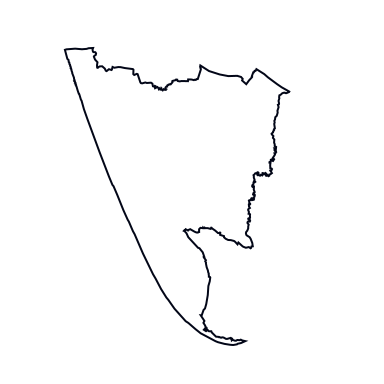 the district of Pak Phanang, Nakhon Si Thammarat, Thailand, rotated 173°
{"feature_id": "78962969B48668485292625", "entity_name": "Pak Phanang", "entity_type": "district", "adm_level": 2, "iso_a3": "THA", "parent_name": "Thailand", "parent_adm1": "Nakhon Si Thammarat", "projection": "robinson", "projection_center": [100.145, 8.346], "detail": "fine", "context": "isolated", "style": "outline", "palette": "ink", "viewbox_px": 384, "rotation_deg": 173, "n_neighbors": 0, "source": "geoboundaries", "source_scale": "gbopen_adm2", "svg_char_len": 6065}
<svg xmlns="http://www.w3.org/2000/svg" viewBox="0 0 384 384"><g transform="rotate(173 192 192)"><path d="M129.3,300.2L133.0,301.8L141.8,302.6L150.2,305.3L160.4,310.0L168.3,316.6L168.7,315.3L168.2,315.0L168.5,313.6L168.2,313.0L168.4,312.3L172.5,303.4L173.8,303.5L174.1,303.0L174.9,302.8L175.9,303.1L176.5,302.8L178.7,303.7L182.1,304.2L182.5,302.5L188.7,303.4L190.8,303.3L192.6,303.9L193.1,304.6L193.0,305.3L194.1,305.6L194.9,305.0L197.9,304.6L198.1,304.3L198.0,303.3L200.0,301.5L200.5,301.8L200.8,301.5L202.0,301.5L202.1,301.2L202.8,300.9L203.3,301.0L203.9,300.2L203.9,299.7L204.7,299.7L205.6,298.9L205.7,297.6L205.3,297.3L205.8,297.1L205.8,296.6L206.7,296.8L207.5,297.5L208.7,296.4L209.5,297.2L209.7,298.3L210.5,297.4L211.0,297.5L211.3,299.0L212.4,298.2L212.5,298.9L213.5,300.4L216.0,299.5L216.1,300.4L215.2,300.9L215.2,301.4L216.0,301.9L216.7,301.2L217.9,301.7L218.1,304.4L219.4,305.5L223.5,305.7L225.0,306.4L228.2,305.9L229.4,306.3L229.9,307.1L231.6,315.6L232.4,316.0L235.1,315.2L235.9,316.2L235.2,320.5L235.7,321.2L243.5,323.2L247.6,324.6L249.9,325.0L253.9,324.8L255.6,325.8L256.6,323.3L257.0,322.9L259.5,324.0L262.0,322.4L262.8,322.9L263.5,325.1L265.8,327.7L268.2,327.9L269.4,327.5L270.2,326.8L270.8,326.8L271.0,327.4L270.8,329.6L270.0,332.3L272.1,335.3L272.9,338.3L272.4,339.0L270.8,339.8L270.3,341.3L270.9,342.5L272.8,342.9L273.2,343.4L273.4,345.4L272.6,347.0L277.0,347.3L279.2,346.9L283.8,347.1L290.5,348.5L299.2,348.9L300.8,348.6L299.5,339.3L298.5,338.2L298.5,336.0L298.0,335.5L298.1,334.0L297.6,333.4L297.5,332.6L297.7,332.1L297.3,331.6L297.1,330.5L297.4,329.8L296.9,329.3L297.0,328.6L296.7,327.9L296.8,327.2L296.3,325.2L296.4,324.5L295.2,319.7L295.3,318.9L295.0,317.6L295.2,317.4L294.9,317.2L294.8,316.2L295.1,316.0L294.7,315.6L294.5,314.9L294.8,314.5L294.3,314.1L294.6,313.5L294.2,313.0L294.4,312.5L294.0,312.1L294.1,311.4L293.8,310.9L293.1,306.6L292.4,303.3L292.1,303.2L291.8,301.9L291.0,297.2L290.5,296.2L289.2,287.5L287.0,277.5L278.9,242.9L272.6,217.7L270.1,208.7L269.2,207.4L266.5,198.1L262.3,182.3L259.2,172.3L258.3,170.3L255.4,160.3L254.1,157.1L248.2,137.0L240.7,115.1L238.7,110.5L234.5,99.4L230.3,90.4L228.7,87.9L223.6,78.3L214.0,64.5L211.6,62.5L205.2,55.4L200.6,50.7L186.9,41.1L184.6,39.8L178.3,37.3L172.7,35.7L169.8,35.1L165.9,35.3L165.3,35.8L161.8,36.1L157.3,37.5L160.1,38.5L161.6,39.5L162.6,39.1L165.1,39.6L166.5,39.0L167.8,39.3L169.8,40.4L170.3,40.1L170.0,41.5L170.4,41.8L171.0,41.5L171.0,42.2L171.3,42.5L175.1,41.9L176.2,42.1L178.4,43.7L179.8,44.1L180.9,43.8L182.5,44.7L182.8,44.6L183.0,44.9L185.8,45.5L189.5,50.2L189.8,51.4L192.1,51.7L193.0,52.4L193.1,53.0L193.6,53.5L194.2,53.0L194.5,52.3L194.4,52.9L194.9,52.3L195.6,52.7L194.9,52.5L194.0,53.7L194.5,55.4L195.8,53.5L195.9,52.9L197.0,53.8L195.0,55.6L194.9,56.0L195.3,58.0L196.6,60.7L195.4,62.5L198.4,68.6L197.4,68.4L194.9,73.5L193.3,74.8L191.5,79.1L188.9,87.8L187.2,96.7L185.3,101.1L184.3,104.9L184.4,105.3L185.6,105.8L185.4,107.4L185.5,108.5L185.3,109.0L185.7,110.3L185.8,112.2L186.6,115.5L186.9,119.5L186.7,120.1L187.3,121.7L186.5,122.6L188.3,125.7L188.3,126.1L187.7,126.1L188.7,130.8L191.5,135.3L192.8,135.9L201.2,147.6L202.5,151.7L204.0,153.9L204.8,154.4L203.9,155.2L203.3,155.1L202.8,155.8L200.7,154.3L200.4,154.7L198.3,155.3L194.3,152.3L192.6,151.3L191.1,151.0L190.4,151.6L189.8,151.5L189.5,154.2L188.0,155.4L185.8,154.8L185.5,155.3L185.2,154.7L184.4,154.6L184.5,155.0L183.9,155.2L183.5,154.6L180.8,154.2L178.0,153.1L177.4,153.3L177.3,154.2L177.0,154.2L176.5,153.4L173.7,150.9L171.2,148.1L170.1,147.9L169.2,148.4L168.9,148.2L169.3,146.0L165.6,144.3L165.7,143.1L164.3,141.5L162.0,140.0L159.3,139.5L156.3,138.3L155.4,137.5L153.2,134.5L152.1,136.2L148.3,131.8L147.4,131.2L145.3,130.1L142.3,130.4L140.7,129.0L140.2,129.3L139.6,130.7L138.3,130.7L138.4,134.1L139.5,138.4L140.3,140.1L143.1,142.4L143.4,143.3L143.5,144.6L143.1,145.7L141.9,146.8L140.7,148.9L140.4,151.0L139.7,152.7L140.7,154.4L140.6,155.2L139.7,156.0L138.3,155.6L137.8,156.3L138.1,157.6L139.3,158.1L139.5,158.5L139.1,159.0L137.9,158.8L137.5,159.5L137.4,161.6L137.1,162.7L137.3,163.1L138.5,163.5L137.9,165.2L138.5,167.4L137.9,168.4L136.5,169.1L137.2,170.6L137.1,172.8L136.8,173.0L136.0,172.6L135.7,172.9L135.7,173.3L136.5,174.2L136.3,175.3L136.6,176.5L136.3,176.8L134.9,176.9L133.8,178.4L133.4,178.0L133.8,177.0L133.5,176.6L131.6,176.8L131.2,177.6L131.7,179.0L130.6,179.6L130.2,180.6L130.0,181.4L130.2,181.9L131.4,181.7L131.7,182.1L131.1,183.5L129.8,184.3L130.4,186.8L129.8,190.1L130.2,190.3L131.3,189.8L131.6,190.5L131.2,191.5L129.9,192.6L129.8,194.1L129.2,194.5L128.4,194.1L127.9,194.4L128.0,194.7L129.0,195.4L128.4,196.7L128.9,198.6L128.7,200.1L128.9,201.2L127.9,201.8L127.0,202.8L126.3,202.9L125.5,202.5L124.9,203.4L124.3,203.6L123.9,203.3L123.6,202.7L124.9,201.7L125.1,201.2L124.6,200.6L123.4,200.7L122.5,199.9L121.5,200.7L120.3,199.9L119.5,200.9L119.8,201.7L119.7,202.2L119.3,202.2L118.5,201.0L116.9,202.0L116.3,201.4L117.0,200.2L116.4,199.0L116.0,199.0L115.3,199.9L114.2,198.4L113.4,198.7L113.1,199.9L112.2,200.0L110.4,201.0L111.6,203.5L110.6,203.7L109.8,205.0L110.2,205.6L111.4,205.8L111.1,209.4L110.5,211.5L110.9,211.9L111.5,211.8L111.5,212.2L109.9,213.1L109.8,214.4L108.3,214.8L108.2,213.1L107.8,212.9L106.5,214.5L107.6,216.0L105.1,219.0L105.4,220.4L104.4,220.4L104.0,221.2L103.6,221.4L103.7,222.1L104.5,222.4L105.1,223.7L104.6,224.7L104.9,225.4L104.2,225.4L103.5,224.4L103.0,226.5L104.3,227.5L104.1,229.4L104.5,230.9L103.9,234.1L105.1,235.9L104.4,237.6L105.8,239.5L105.9,240.2L104.3,241.3L104.2,242.0L103.8,242.3L103.4,243.4L103.0,243.5L102.9,244.4L102.0,245.0L102.1,249.6L101.5,250.8L101.6,252.6L100.8,253.8L100.2,256.1L98.6,257.3L97.3,260.3L97.3,262.2L95.7,265.7L96.1,268.1L95.1,268.4L94.8,269.4L95.0,271.8L93.9,274.4L94.0,275.4L93.5,277.3L92.2,277.7L90.4,279.0L89.1,279.3L87.8,279.3L87.3,278.8L86.3,278.6L83.5,279.4L83.2,279.8L90.1,284.9L94.3,288.6L102.7,296.6L105.9,300.2L113.1,306.1L113.9,304.7L114.2,304.7L114.6,304.4L115.1,304.6L116.1,303.2L116.6,303.3L118.6,299.4L118.3,298.9L118.6,298.5L121.7,295.9L125.0,292.4L128.7,296.6L127.9,298.1L129.3,300.2Z" fill="none" stroke="#020617" stroke-width="2"/></g></svg>